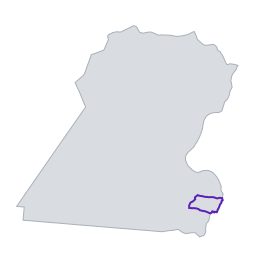 Libya, with Al Qubbah highlighted, rotated 95°
{"feature_id": "LBY-2986", "entity_name": "Al Qubbah", "entity_type": "Municipality", "adm_level": 1, "iso_a3": "LBY", "parent_name": "Libya", "parent_adm1": "", "projection": "robinson", "projection_center": [22.615, 31.87], "detail": "fine", "context": "in_parent", "style": "outline", "palette": "violet", "viewbox_px": 256, "rotation_deg": 95, "n_neighbors": 0, "source": "natural_earth", "source_scale": "10m", "svg_char_len": 3921}
<svg xmlns="http://www.w3.org/2000/svg" viewBox="0 0 256 256"><g transform="rotate(95 128 128)"><path d="M28.9,68.8L30.5,68.0L32.7,67.1L33.8,66.4L34.3,65.8L36.1,63.5L37.0,62.2L38.2,60.4L38.8,59.1L38.8,58.0L38.7,56.6L37.9,53.3L37.3,50.0L37.9,48.8L38.4,48.2L39.5,46.7L39.9,46.4L42.1,45.9L43.0,44.9L43.7,43.6L43.9,42.9L44.9,42.2L46.0,41.5L46.8,40.6L49.1,39.2L51.2,38.0L53.7,36.6L55.6,35.6L56.1,34.7L56.1,33.9L55.1,32.1L55.2,30.0L55.3,28.2L55.4,27.2L56.0,24.3L56.0,23.9L57.9,24.8L59.9,25.2L65.8,28.8L67.6,29.2L71.8,29.7L76.7,28.2L78.6,27.9L81.8,29.3L83.2,29.7L85.6,29.8L89.7,31.1L90.7,31.5L93.0,33.5L94.1,34.1L102.6,35.9L103.7,37.1L104.8,39.4L104.8,42.3L105.4,44.4L106.4,47.1L107.7,49.0L109.0,50.6L110.6,51.6L114.4,53.1L118.6,53.6L122.8,53.8L130.1,55.8L136.2,58.2L137.7,59.3L140.8,60.5L146.9,66.0L150.3,67.9L152.7,68.2L154.9,67.9L158.8,66.0L160.4,64.9L164.3,60.1L165.6,57.6L166.1,55.9L166.0,54.1L165.5,52.5L164.4,50.8L163.7,48.6L163.3,44.6L163.9,41.9L164.7,40.2L165.8,38.5L169.0,35.3L172.3,33.0L177.9,30.1L181.2,30.0L182.5,29.7L185.2,27.6L186.3,27.5L187.8,28.0L192.3,27.9L194.2,28.5L196.6,29.8L199.5,30.6L201.6,31.4L203.8,32.4L204.3,35.0L204.1,35.8L204.0,36.8L206.3,38.6L212.9,39.4L214.2,39.9L216.0,41.3L217.2,41.7L221.6,41.9L224.2,41.6L226.7,42.1L227.7,42.6L228.6,43.6L229.8,46.2L230.3,47.1L229.8,47.5L229.1,48.4L228.6,49.3L227.5,50.6L226.5,52.0L226.6,54.0L226.8,56.1L227.5,58.2L228.1,60.5L228.0,62.0L227.5,63.8L226.9,65.3L225.0,68.5L224.7,69.2L224.8,70.3L226.0,74.0L226.1,75.2L226.8,78.8L227.5,81.8L228.2,84.1L228.3,84.7L228.4,88.2L228.4,91.6L228.4,95.0L228.4,98.4L228.4,101.8L228.4,105.2L228.5,108.7L228.5,112.1L228.5,115.5L228.5,118.9L228.5,122.3L228.6,125.8L228.6,129.2L228.6,132.6L228.6,136.0L228.6,139.4L228.7,142.8L228.7,146.3L228.7,149.7L228.7,153.1L228.7,156.5L228.7,159.9L228.7,163.3L228.8,166.8L228.8,170.2L228.8,173.6L228.8,177.0L228.8,180.4L228.8,183.8L228.8,187.3L228.8,190.7L228.9,194.1L228.9,201.7L228.9,209.3L228.9,216.8L229.0,224.4L228.9,224.5L225.5,224.5L222.3,224.5L219.0,224.5L215.8,224.5L215.8,226.4L215.8,228.3L215.8,230.2L215.8,232.1L209.5,228.5L203.1,224.9L196.8,221.3L190.5,217.7L184.2,214.1L177.9,210.5L171.6,206.9L165.3,203.3L159.0,199.7L152.7,196.1L146.4,192.5L140.1,188.9L133.9,185.3L127.6,181.7L121.3,178.1L115.1,174.5L110.8,172.0L106.1,174.5L102.4,176.4L97.5,178.9L91.9,182.1L87.6,184.6L87.4,184.6L87.2,184.5L82.8,180.3L79.4,177.0L77.9,176.1L71.4,174.4L64.9,172.7L58.1,170.9L56.9,168.2L55.6,165.2L53.8,161.5L52.7,159.2L52.3,158.8L47.1,157.0L41.6,155.2L38.3,156.3L37.8,156.2L36.9,155.5L36.0,154.6L35.5,153.3L34.3,151.6L33.1,147.6L33.1,144.4L32.9,143.3L30.2,138.9L27.7,134.8L26.0,132.1L25.7,130.9L26.0,129.4L26.7,128.1L29.3,126.5L31.6,124.8L32.0,123.6L32.2,120.3L31.5,119.2L31.0,117.3L30.5,114.6L30.5,112.9L31.6,109.5L32.9,106.0L32.3,102.1L31.9,94.2L32.5,88.0L32.3,85.8L32.1,84.8L31.4,81.9L30.5,78.9L30.2,77.8L29.0,75.4L27.1,72.4L26.1,70.5L27.6,69.6L28.9,68.8Z" fill="#d9dde1" stroke="#a8b0b8" stroke-width="1"/><path d="M189.7,28.0L191.1,27.8L191.3,27.5L191.7,27.4L191.8,27.4L192.0,27.5L192.1,27.8L192.5,28.3L193.1,28.5L194.2,28.4L194.7,28.6L196.0,29.6L196.5,29.8L197.3,29.9L200.3,30.8L201.0,31.3L201.3,31.4L201.8,31.6L202.4,31.6L202.7,31.7L203.2,31.9L203.8,32.0L204.0,32.1L204.2,32.3L204.2,32.5L203.9,32.9L203.9,33.1L204.0,34.0L204.3,34.4L204.6,34.6L204.5,34.9L204.3,35.8L204.1,35.7L204.0,35.3L203.9,35.2L203.7,36.5L203.7,36.8L203.9,36.9L204.7,37.2L205.0,37.3L205.4,37.7L205.6,38.0L205.8,38.5L205.5,40.0L204.8,41.8L204.2,44.2L204.0,46.9L203.6,49.3L202.5,50.9L202.1,53.5L202.1,55.9L202.3,57.0L202.3,60.1L201.3,60.2L200.0,60.3L198.7,59.9L197.8,59.7L196.4,58.7L195.7,57.2L194.2,55.8L193.2,54.9L191.3,55.3L188.8,52.8L189.2,51.2L189.4,50.1L189.4,47.6L189.7,46.8L189.9,45.1L189.8,43.5L189.9,41.1L189.6,39.7L189.6,38.3L189.4,37.0L189.6,36.5L189.8,35.4L190.1,34.3L190.3,33.5L190.2,32.3L189.8,31.5L189.5,30.4L189.6,29.1L189.6,28.1L189.7,28.0Z" fill="none" stroke="#5b21b6" stroke-width="2"/></g></svg>